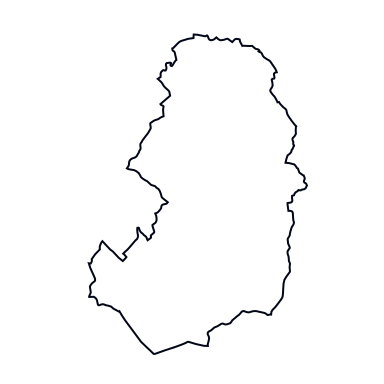 the district of Da Lat, Lâm Đồng, Vietnam, rotated 83°
{"feature_id": "81297802B86448730167777", "entity_name": "Da Lat", "entity_type": "district", "adm_level": 2, "iso_a3": "VNM", "parent_name": "Vietnam", "parent_adm1": "Lâm Đồng", "projection": "albers", "projection_center": [108.448, 11.908], "detail": "fine", "context": "isolated", "style": "outline", "palette": "ink", "viewbox_px": 384, "rotation_deg": 83, "n_neighbors": 0, "source": "geoboundaries", "source_scale": "gbopen_adm2", "svg_char_len": 5903}
<svg xmlns="http://www.w3.org/2000/svg" viewBox="0 0 384 384"><g transform="rotate(83 192 192)"><path d="M323.3,128.4L320.6,127.8L318.9,126.5L316.0,122.9L310.0,117.1L307.8,115.3L306.5,114.7L304.4,114.2L294.1,112.3L290.5,111.0L287.9,109.0L283.2,104.6L282.4,104.4L278.7,104.3L275.1,103.5L273.9,103.7L272.5,104.2L268.0,104.0L265.2,104.6L263.5,104.5L262.7,104.4L262.1,104.1L259.5,101.8L258.5,101.8L254.8,102.9L250.3,102.8L247.4,100.6L246.7,100.2L245.7,100.0L244.1,99.5L240.1,97.8L238.6,96.9L236.8,95.4L235.4,94.7L234.7,94.5L232.0,94.9L225.4,94.5L224.3,94.6L223.6,95.0L223.0,95.9L222.7,96.7L222.5,98.6L216.0,98.7L214.6,98.5L214.5,95.3L214.2,94.4L213.6,93.8L212.9,93.5L209.5,93.4L208.0,93.1L207.7,91.2L206.0,90.3L204.9,89.1L204.5,88.3L204.1,87.1L203.4,86.6L203.0,86.0L203.1,85.7L203.5,84.9L203.6,83.8L203.1,83.0L202.9,80.3L202.2,79.0L201.8,78.5L200.8,78.0L199.6,77.1L197.6,77.7L197.2,78.1L196.4,79.2L195.4,79.7L194.7,79.6L193.5,78.9L192.5,78.5L191.3,78.5L189.4,79.1L189.2,79.1L188.9,79.8L186.0,82.9L185.3,83.2L181.6,84.0L180.8,85.1L179.6,85.5L177.5,86.7L177.1,87.1L175.4,91.4L174.9,93.1L174.4,95.6L171.0,94.4L167.9,93.0L167.2,92.5L165.8,90.1L164.4,88.7L163.7,88.3L163.0,88.2L162.4,87.9L162.1,87.6L161.8,87.1L159.8,86.0L158.7,85.1L158.1,85.0L157.6,85.5L157.1,85.6L156.5,85.7L154.8,85.3L153.0,85.8L151.7,85.9L150.7,85.4L149.2,83.5L147.0,81.8L143.1,81.5L140.0,80.9L139.5,80.5L138.9,80.9L138.6,81.3L133.2,84.6L131.7,85.3L130.4,86.1L126.8,87.8L125.1,88.1L122.4,88.4L121.8,88.5L121.1,89.0L118.6,91.4L115.1,93.9L113.3,94.7L113.4,96.2L110.8,97.0L107.5,98.4L104.9,100.2L102.2,101.7L101.2,102.0L100.6,101.9L99.9,101.6L98.4,100.4L97.7,99.8L96.3,99.0L93.2,98.9L90.3,99.2L89.5,98.5L89.5,96.8L89.1,96.4L88.7,96.2L85.3,96.3L84.6,96.2L84.1,95.7L83.7,95.1L83.5,94.3L83.5,93.3L82.0,93.6L79.7,94.4L72.1,98.3L71.0,99.2L70.3,100.0L69.5,101.3L67.0,104.1L65.6,105.0L63.2,105.8L62.4,106.2L61.8,106.7L61.6,107.1L61.5,107.5L61.3,108.0L60.5,108.8L59.8,107.9L58.9,108.5L58.4,109.2L57.8,111.1L57.2,111.9L54.3,114.5L54.2,116.3L53.7,119.8L53.2,122.4L53.1,124.3L51.0,125.0L49.5,125.7L48.3,126.0L46.4,126.1L46.0,127.0L45.4,129.4L45.5,130.2L45.8,131.0L48.1,133.8L44.4,137.7L44.2,138.1L44.2,138.9L44.8,141.7L44.9,143.2L44.9,144.6L44.7,145.6L43.5,147.3L41.5,149.0L43.1,151.3L43.4,152.1L43.6,153.2L43.7,154.7L43.1,155.9L42.7,156.3L41.8,156.8L39.4,157.3L38.7,157.8L38.4,158.1L38.6,158.7L39.0,159.3L39.0,160.2L36.6,167.4L35.9,171.1L39.4,171.8L39.5,177.0L40.6,183.4L40.9,184.7L41.5,186.2L42.8,188.1L46.3,192.4L46.8,193.1L47.1,194.1L48.6,194.1L48.9,194.0L49.8,193.4L50.3,192.7L50.9,192.3L51.7,192.1L59.0,191.4L59.2,191.9L59.8,192.5L61.1,193.7L64.1,196.0L64.5,196.6L64.5,197.0L64.3,197.4L63.6,197.9L63.1,197.9L61.8,197.1L61.3,197.2L61.1,197.4L61.0,198.1L60.9,199.7L61.0,201.5L61.4,201.9L62.0,202.3L63.1,202.5L64.6,202.2L66.0,202.3L66.8,202.5L67.5,202.9L68.1,203.3L68.2,203.9L68.2,204.2L67.6,205.2L67.7,206.1L68.9,207.7L69.5,208.2L70.3,208.6L71.7,208.9L72.8,208.9L74.2,209.3L74.4,210.1L75.6,212.2L76.3,211.5L79.6,208.8L80.6,208.3L83.5,207.0L85.4,205.6L88.6,202.8L89.8,202.3L93.8,202.0L100.9,212.6L101.7,212.2L102.2,211.5L102.8,210.5L103.4,209.9L103.8,209.8L106.3,210.6L108.2,210.8L113.4,211.0L113.9,213.1L114.5,214.6L115.5,216.5L116.4,220.6L117.2,222.4L118.5,224.8L119.0,225.1L119.8,225.2L122.8,225.1L123.6,225.2L124.4,225.6L128.0,228.3L134.4,234.6L136.0,235.7L137.2,236.8L138.1,237.4L139.2,237.6L142.3,237.7L143.1,237.9L144.6,239.1L146.7,240.2L147.7,241.1L149.8,242.6L150.3,243.4L150.8,244.3L151.5,247.5L151.9,248.4L152.6,249.4L153.3,250.1L154.6,250.7L157.5,251.4L158.7,252.0L160.6,253.7L161.3,252.8L162.1,250.7L163.2,246.8L164.7,244.6L166.6,242.7L167.5,242.2L169.7,241.2L170.5,241.1L171.3,240.6L172.7,239.3L174.7,236.9L175.8,235.2L179.8,231.9L180.3,231.1L181.6,228.1L182.4,227.4L183.3,226.9L185.0,224.9L186.8,224.0L188.8,223.4L193.6,222.6L194.7,221.7L199.2,217.3L200.2,218.3L200.5,218.9L200.6,219.6L200.9,222.4L201.4,223.4L202.4,224.1L204.2,224.6L205.3,225.4L207.5,227.8L208.4,229.2L208.8,231.1L211.5,230.4L214.1,230.4L215.5,230.6L216.6,231.0L217.4,231.5L218.1,232.1L218.7,233.1L219.2,234.1L220.0,235.3L221.3,235.3L226.6,234.3L227.6,234.5L229.9,237.9L230.3,238.2L232.2,238.2L232.5,238.5L232.9,239.0L233.4,240.1L234.5,241.9L233.5,242.3L231.3,242.8L230.8,243.1L229.9,243.9L229.0,244.9L227.4,246.0L225.8,247.6L225.0,248.0L223.8,248.6L221.1,249.1L220.9,249.5L220.9,250.6L222.8,251.0L225.8,251.1L228.1,250.9L229.9,251.1L230.7,251.5L231.9,252.2L233.3,254.2L239.9,261.4L241.8,263.7L242.5,264.8L244.8,267.8L245.7,266.9L248.6,265.0L249.5,265.9L252.1,269.1L248.3,272.8L241.4,277.8L239.0,280.3L229.9,286.9L231.2,288.2L233.2,289.4L234.6,290.1L237.1,290.5L237.7,290.4L242.0,295.7L246.4,299.7L247.8,299.7L248.8,300.0L249.8,300.6L250.7,301.3L250.2,303.1L255.0,302.2L263.7,299.5L266.3,298.8L268.1,299.0L268.9,299.8L270.2,302.0L271.8,303.8L273.6,304.9L278.2,304.7L279.7,304.8L282.3,306.4L283.5,306.9L283.7,306.4L284.0,302.4L284.6,301.5L285.3,300.9L286.1,300.2L287.9,299.5L289.6,299.4L292.3,299.1L292.7,298.9L293.0,298.5L293.1,297.5L292.6,295.9L292.5,294.3L292.8,293.3L294.1,290.7L294.6,289.0L295.9,286.2L298.1,284.3L301.8,279.1L301.5,278.6L305.8,276.7L311.3,274.0L326.9,265.1L334.5,260.8L340.2,256.2L344.1,252.9L347.9,249.9L348.1,249.5L348.1,248.1L346.1,239.3L343.6,226.8L342.1,220.4L341.1,216.9L340.2,214.5L340.3,213.7L343.4,206.6L346.2,198.7L346.7,195.0L345.6,195.0L344.4,194.7L342.8,194.0L339.5,192.9L337.9,192.9L336.9,193.1L336.0,193.5L335.1,193.7L334.3,193.7L333.6,193.5L332.6,192.5L331.7,190.0L329.2,186.3L328.4,183.3L327.3,180.8L326.4,179.0L326.3,178.0L326.5,177.1L327.2,175.9L327.6,174.6L327.5,173.0L327.2,171.5L326.8,170.0L325.9,169.0L324.3,167.7L320.2,161.4L319.7,160.4L318.4,158.8L317.3,157.8L316.7,156.8L316.5,156.1L316.4,155.5L316.6,154.8L317.7,152.7L318.2,151.2L318.4,150.1L317.8,146.4L317.8,144.7L318.0,142.9L320.9,134.8L321.7,133.6L323.0,132.3L323.3,131.9L323.3,131.4L323.1,129.5L323.3,128.4Z" fill="none" stroke="#020617" stroke-width="2"/></g></svg>